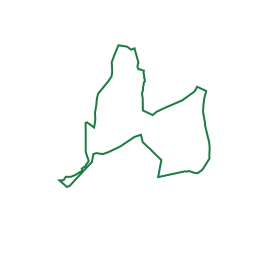 Santiago Matatlán, Oaxaca, Mexico, rotated 58°
{"feature_id": "50627088B54513181179027", "entity_name": "Santiago Matatlán", "entity_type": "district", "adm_level": 2, "iso_a3": "MEX", "parent_name": "Mexico", "parent_adm1": "Oaxaca", "projection": "mercator", "projection_center": [-96.433, 16.804], "detail": "fine", "context": "isolated", "style": "outline", "palette": "green", "viewbox_px": 256, "rotation_deg": 58, "n_neighbors": 0, "source": "geoboundaries", "source_scale": "gbopen_adm2", "svg_char_len": 2142}
<svg xmlns="http://www.w3.org/2000/svg" viewBox="0 0 256 256"><g transform="rotate(58 128 128)"><path d="M146.2,208.3L144.1,200.6L142.5,194.6L141.4,190.5L140.6,187.7L139.8,184.5L138.2,178.3L137.8,176.7L131.7,171.1L132.4,168.7L132.5,168.2L133.4,167.2L134.8,165.5L136.8,163.2L138.1,157.2L138.5,153.7L138.9,150.5L139.5,145.6L139.5,143.3L139.4,138.9L139.2,133.3L139.2,131.7L139.1,129.5L139.0,127.3L140.5,121.0L140.7,120.6L147.7,123.0L155.3,121.1L155.6,120.9L156.0,120.8L156.6,120.6L156.9,120.6L172.9,116.7L175.7,119.3L178.6,122.0L180.8,124.0L182.3,125.4L185.6,128.5L190.2,115.7L195.0,102.5L196.1,101.2L196.9,99.2L197.1,98.8L199.7,96.7L200.7,96.0L203.2,93.0L202.9,87.4L201.2,83.5L199.6,80.3L197.0,75.0L195.4,74.2L188.4,69.5L185.9,68.1L182.3,66.4L178.4,65.2L166.8,61.3L163.3,59.5L155.7,56.5L153.5,55.4L149.1,52.3L143.4,47.8L140.2,44.3L138.5,42.4L138.1,42.1L129.7,47.5L132.3,52.2L133.3,67.5L130.5,85.6L129.4,95.1L129.9,98.7L130.1,100.2L121.0,106.1L110.0,99.4L108.9,99.2L106.5,97.9L105.3,97.1L104.9,96.6L104.4,95.9L104.0,95.5L103.8,95.1L102.6,94.5L101.8,94.0L101.3,93.4L100.4,92.7L99.6,91.8L97.7,90.3L97.6,89.8L97.4,89.0L96.9,88.8L96.2,88.5L95.6,88.0L95.2,87.8L94.7,87.8L93.9,87.7L93.0,86.9L92.4,86.8L91.5,86.4L91.0,86.0L89.7,85.7L88.8,85.1L87.8,84.2L87.4,84.7L87.0,84.9L86.6,85.2L85.7,85.9L84.8,86.6L84.1,87.8L83.4,88.0L83.0,87.8L82.6,87.7L81.7,87.8L80.4,87.0L80.0,86.5L79.6,86.3L78.8,85.6L78.5,85.3L78.2,84.5L72.0,82.7L63.9,80.3L63.2,83.9L58.6,85.6L52.8,92.3L59.5,101.7L63.8,107.1L67.7,109.1L73.0,112.3L75.8,115.0L76.5,116.9L77.9,119.8L81.4,130.2L82.2,132.5L82.7,133.9L83.1,135.1L84.6,136.8L85.8,138.0L88.0,139.9L91.2,142.3L91.4,142.5L91.5,142.5L97.7,148.0L102.4,150.6L103.8,151.5L105.6,152.9L109.6,156.5L101.6,159.7L101.2,161.2L105.2,163.7L108.3,165.6L111.3,167.4L113.3,168.7L123.3,174.9L125.6,176.4L127.7,177.0L129.0,177.3L131.3,177.9L133.5,178.3L135.4,179.1L136.5,181.7L136.9,183.2L137.9,184.2L137.8,186.6L138.0,188.7L140.3,189.3L139.9,191.4L140.0,195.8L139.8,198.6L139.1,202.3L137.9,204.2L136.4,206.6L137.1,208.2L137.5,208.7L138.1,210.4L137.5,211.5L136.1,213.9L145.5,211.1L146.2,208.3Z" fill="none" stroke="#15803d" stroke-width="2"/></g></svg>